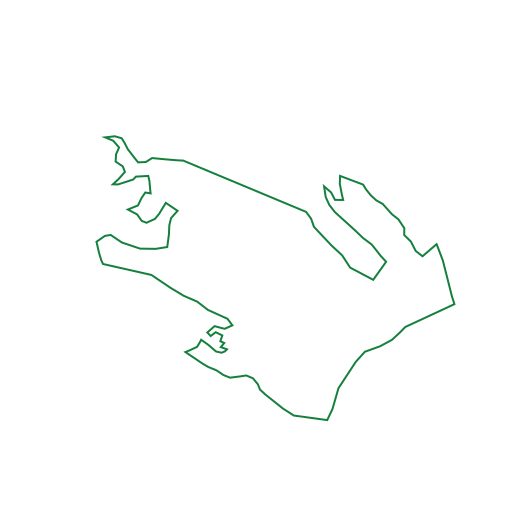 Saha-gu, Busan, South Korea (Equal Earth projection), rotated 124°
{"feature_id": "91817680B15590775835688", "entity_name": "Saha-gu", "entity_type": "district", "adm_level": 2, "iso_a3": "KOR", "parent_name": "South Korea", "parent_adm1": "Busan", "projection": "equal_earth", "projection_center": [128.975, 35.079], "detail": "fine", "context": "isolated", "style": "outline", "palette": "green", "viewbox_px": 512, "rotation_deg": 124, "n_neighbors": 0, "source": "geoboundaries", "source_scale": "gbopen_adm2", "svg_char_len": 1957}
<svg xmlns="http://www.w3.org/2000/svg" viewBox="0 0 512 512"><g transform="rotate(124 256 256)"><path d="M356.1,254.6L357.6,254.4L364.2,254.0L372.2,258.8L375.1,260.8L375.1,251.7L375.1,239.9L374.7,233.5L372.9,224.9L372.9,216.6L371.4,209.5L364.5,201.6L360.5,197.3L359.1,190.2L361.3,182.7L364.5,178.0L365.6,170.9L367.4,148.4L367.1,135.4L352.2,105.2L340.2,107.0L319.5,113.7L287.9,114.1L274.5,112.2L261.5,102.7L249.5,96.4L239.3,94.0L231.3,92.5L217.2,84.0L185.8,65.1L185.0,64.6L184.7,64.9L179.9,71.0L155.3,98.5L145.3,112.7L145.2,112.9L163.1,117.8L162.5,126.4L157.4,135.7L155.7,144.9L150.0,148.6L146.0,158.4L145.4,166.4L142.0,180.0L142.6,187.4L141.5,194.8L139.2,202.2L136.9,207.1L142.6,231.1L149.4,226.8L156.8,219.4L160.8,215.1L165.3,221.9L161.3,229.3L160.2,238.5L168.2,231.1L172.7,223.7L175.5,215.1L178.4,194.8L179.5,187.4L181.2,177.5L181.8,166.4L184.1,159.1L186.3,152.3L188.0,144.9L210.2,145.5L213.0,171.4L207.3,184.9L205.1,199.1L202.2,212.0L199.4,224.3L194.3,231.1L191.4,239.1L217.6,369.7L221.0,375.3L227.2,386.4L232.9,396.9L239.7,399.9L244.3,406.1L242.6,411.7L239.1,422.1L235.7,428.3L233.5,433.2L235.7,440.0L242.0,447.4L240.3,438.8L242.6,430.2L249.9,428.9L256.2,425.2L256.2,416.6L259.6,411.7L268.7,412.9L276.6,414.7L273.8,410.4L261.3,400.6L257.3,399.9L249.9,390.1L253.3,386.4L260.2,380.8L263.0,378.4L265.3,383.3L272.1,383.3L280.0,382.1L289.1,388.2L288.0,377.8L290.8,370.4L289.7,365.4L281.7,360.5L274.9,359.9L262.4,360.5L262.4,346.3L272.1,347.6L278.9,345.1L286.9,340.2L298.2,334.6L306.2,343.2L314.7,356.2L319.8,374.7L319.8,381.5L319.8,388.2L323.8,392.5L333.4,396.2L341.4,387.6L345.9,382.1L348.2,378.4L330.2,332.1L330.2,309.0L329.4,293.6L326.7,279.2L327.6,265.7L325.8,255.1L324.0,244.5L326.7,236.8L333.8,241.2L334.9,244.0L337.3,251.1L346.6,253.6L347.7,248.8L341.7,246.8L340.7,239.5L346.6,237.9L345.9,233.7L351.2,234.2L349.6,227.9L352.4,228.4L355.4,230.4L356.6,233.4L357.5,235.7L356.3,246.3L356.1,254.6Z" fill="none" stroke="#15803d" stroke-width="2"/></g></svg>